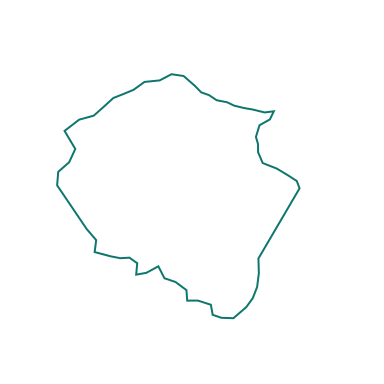 outline of Anhanguera, Goiás, Brazil, rotated 53°
{"feature_id": "56859067B76787904233640", "entity_name": "Anhanguera", "entity_type": "district", "adm_level": 2, "iso_a3": "BRA", "parent_name": "Brazil", "parent_adm1": "Goiás", "projection": "natural_earth1", "projection_center": [-48.225, -18.31], "detail": "fine", "context": "isolated", "style": "outline", "palette": "teal", "viewbox_px": 384, "rotation_deg": 53, "n_neighbors": 0, "source": "geoboundaries", "source_scale": "gbopen_adm2", "svg_char_len": 865}
<svg xmlns="http://www.w3.org/2000/svg" viewBox="0 0 384 384"><g transform="rotate(53 192 192)"><path d="M181.4,305.9L194.4,295.7L201.7,289.1L206.8,281.5L215.9,278.6L224.4,286.3L229.1,277.1L231.1,263.6L244.3,265.9L254.0,259.3L267.0,255.5L275.9,261.2L282.2,252.7L293.4,244.8L302.5,249.4L310.1,244.3L317.7,234.9L316.6,217.9L313.3,207.2L307.0,197.1L297.0,187.4L285.1,179.0L253.8,103.9L246.3,101.7L236.2,105.4L224.3,110.2L211.5,118.1L200.0,115.3L193.6,110.5L186.5,107.8L179.3,97.9L180.9,86.1L176.8,78.1L172.2,86.1L162.5,94.0L156.5,99.7L148.5,106.3L141.4,110.0L133.5,117.1L124.9,120.1L117.9,124.7L109.1,125.8L94.3,128.9L85.6,137.5L83.4,150.7L75.5,163.7L75.2,177.3L72.4,188.1L69.6,198.2L70.8,210.9L71.9,224.5L66.3,238.6L66.5,257.0L87.4,259.3L94.3,272.2L95.4,286.7L105.5,295.7L158.2,298.4L172.8,297.5L181.4,305.9Z" fill="none" stroke="#0f766e" stroke-width="2"/></g></svg>